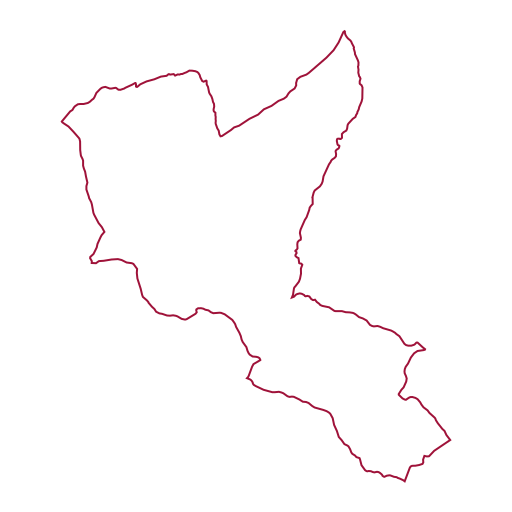 the district of Jenesano, Boyacá, Colombia
{"feature_id": "7082276B5512700200640", "entity_name": "Jenesano", "entity_type": "district", "adm_level": 2, "iso_a3": "COL", "parent_name": "Colombia", "parent_adm1": "Boyacá", "projection": "orthographic", "projection_center": [-73.37, 5.373], "detail": "fine", "context": "isolated", "style": "outline", "palette": "rose", "viewbox_px": 512, "rotation_deg": 0, "n_neighbors": 0, "source": "geoboundaries", "source_scale": "gbopen_adm2", "svg_char_len": 5978}
<svg xmlns="http://www.w3.org/2000/svg" viewBox="0 0 512 512"><path d="M404.7,481.3L409.9,467.5L410.8,466.4L412.1,465.8L415.5,465.7L419.2,465.0L422.5,463.9L423.3,462.4L423.1,459.6L424.4,455.9L426.6,456.4L428.1,456.4L429.1,456.2L434.2,450.8L450.2,440.0L446.4,435.0L444.5,430.9L442.3,428.9L437.8,423.2L435.9,420.2L435.3,418.5L434.7,417.7L429.4,412.9L427.6,410.4L423.5,407.3L421.4,404.5L420.2,402.3L417.6,399.2L415.4,397.9L412.3,397.0L410.3,397.1L408.8,397.8L405.9,399.8L404.6,399.5L402.5,398.4L398.8,394.8L398.7,394.1L401.4,389.8L403.6,387.4L406.2,381.6L406.7,378.5L405.9,375.9L404.7,373.3L404.5,371.4L404.8,369.1L405.7,366.8L408.0,363.6L410.9,357.5L414.1,353.3L417.5,351.0L423.6,350.1L424.9,349.7L425.1,349.2L422.7,347.3L417.6,342.6L416.9,342.5L416.3,342.7L414.8,344.3L414.0,344.8L411.2,345.7L408.4,345.7L406.1,345.1L404.4,343.8L399.4,336.2L396.3,334.0L395.1,332.8L392.6,331.3L391.0,330.5L383.1,328.2L380.2,326.8L378.6,326.3L377.5,326.0L373.9,326.4L372.1,326.0L370.0,324.9L366.6,320.5L362.8,318.4L359.0,317.1L356.1,314.7L354.3,313.5L352.9,312.9L349.8,312.4L345.7,312.2L341.8,311.1L335.4,311.1L334.4,310.9L329.1,307.3L322.3,305.9L320.5,305.1L319.8,304.6L319.4,303.9L316.8,302.0L315.0,299.7L313.4,300.1L312.8,300.0L311.2,299.0L309.4,296.5L307.4,295.9L305.6,296.3L304.9,296.0L304.1,295.0L301.8,293.8L299.8,293.4L297.3,294.0L295.9,294.7L294.0,296.7L291.9,297.5L293.0,294.8L294.0,288.2L294.6,287.1L295.3,286.4L298.9,281.7L300.0,278.8L301.0,273.7L300.9,268.6L302.3,264.8L301.4,263.7L299.8,263.4L299.2,263.1L298.5,258.1L296.7,257.2L295.4,255.8L295.5,254.8L296.6,253.1L296.4,252.0L295.4,251.2L295.4,250.7L296.9,249.4L297.5,248.4L297.3,244.2L297.6,242.2L298.8,240.7L300.7,239.7L300.8,239.2L300.9,237.7L299.9,233.1L300.2,231.1L300.7,229.3L304.8,220.0L306.6,217.2L309.2,210.0L309.7,207.6L310.9,205.9L312.7,204.0L312.6,197.6L312.4,197.5L313.7,192.5L314.7,190.5L319.9,186.4L321.7,183.8L322.6,181.5L323.5,176.3L329.0,164.3L330.6,162.0L331.1,160.8L332.1,159.6L334.6,157.9L335.9,156.4L336.1,154.1L335.6,151.5L335.8,150.6L337.0,149.4L338.4,148.6L339.0,147.7L339.4,146.1L339.3,145.7L337.9,145.0L337.5,144.4L336.8,140.9L337.0,139.4L337.4,138.8L338.3,138.7L339.1,138.6L339.9,139.0L340.7,139.0L342.0,137.8L341.9,134.0L343.6,132.2L346.3,130.6L347.1,128.7L347.6,125.1L348.3,123.7L352.8,118.8L355.4,117.0L356.1,115.0L357.2,113.3L357.4,112.0L358.7,109.4L359.2,107.1L361.6,101.5L362.3,98.5L362.5,87.5L361.6,85.3L359.9,83.9L359.7,83.5L359.7,81.2L360.5,78.7L359.9,77.1L359.2,76.3L358.3,72.7L358.5,69.7L358.0,66.6L358.4,65.5L358.5,62.4L357.9,60.4L355.0,54.1L354.9,52.5L353.7,48.4L354.0,47.5L353.8,46.9L351.9,43.3L351.4,42.0L350.5,40.6L347.9,38.4L346.4,36.5L345.3,34.5L344.7,31.6L345.2,30.7L343.4,32.0L338.6,42.5L333.6,50.2L326.4,57.7L308.8,72.9L306.4,74.6L300.4,76.8L297.2,79.2L296.1,83.0L296.2,85.4L294.6,88.5L290.3,91.4L288.5,93.4L286.5,96.7L283.8,98.7L278.5,100.9L271.5,105.9L263.9,109.3L258.1,114.6L249.5,118.8L239.1,125.7L234.1,127.4L231.0,130.0L222.0,136.0L220.5,136.3L219.4,134.4L218.7,130.6L217.3,128.4L215.7,123.8L215.6,122.6L215.8,120.9L215.6,119.1L215.7,116.9L215.4,115.5L215.4,112.7L213.9,111.4L213.6,110.3L213.6,109.2L214.2,106.6L214.0,103.9L213.0,101.9L212.4,99.1L211.4,96.3L209.6,93.6L209.1,92.4L208.0,86.9L206.7,84.4L206.6,81.0L206.1,80.6L203.6,81.7L202.2,81.0L200.3,77.3L199.7,75.1L198.4,73.0L197.3,72.0L195.3,71.2L192.2,70.7L189.4,70.6L186.4,72.3L184.5,73.0L182.3,74.0L181.0,74.0L179.4,74.6L177.8,74.4L175.1,75.6L173.7,74.1L170.1,74.6L169.3,74.2L168.5,74.2L166.6,75.8L160.9,76.6L154.3,79.3L146.6,81.4L140.3,84.3L137.2,86.9L136.4,86.9L136.0,86.5L136.0,84.2L135.5,83.0L135.2,83.0L131.9,84.8L125.3,87.8L124.3,88.5L120.4,89.8L118.4,89.7L116.2,88.0L115.4,87.8L111.6,88.5L109.7,88.5L105.4,86.9L103.2,87.3L101.6,87.9L100.1,89.1L96.4,92.9L94.4,97.3L93.4,98.8L92.2,99.6L89.8,101.8L87.8,103.0L83.6,104.0L80.0,104.0L77.8,104.3L74.9,106.3L73.8,107.6L72.4,110.0L70.2,111.4L61.8,121.5L62.3,122.3L64.1,123.6L68.5,126.5L73.4,131.7L78.9,138.0L79.5,138.9L80.1,141.5L80.2,150.0L80.8,155.0L81.0,155.9L82.5,158.9L83.1,160.6L83.1,165.7L83.9,168.6L85.1,171.6L86.0,176.6L87.4,182.6L86.4,186.1L86.4,189.5L88.8,196.6L89.1,198.1L91.2,202.1L91.9,204.5L93.4,212.8L94.1,214.6L98.6,223.1L101.9,227.2L104.4,231.9L101.6,235.2L100.5,237.3L97.5,243.9L96.7,247.5L93.5,254.0L90.3,256.9L90.1,258.2L91.8,261.1L91.7,263.0L96.0,263.2L98.6,261.3L99.1,261.1L103.6,260.8L111.6,259.5L117.9,259.1L121.6,260.0L126.6,262.5L131.8,263.2L133.4,263.9L137.1,268.9L136.8,272.9L137.4,278.5L140.7,288.8L142.1,294.8L142.9,296.9L146.9,300.4L148.3,302.0L148.5,302.7L151.9,306.7L154.4,309.0L156.1,311.7L159.4,313.4L162.0,313.8L167.0,315.5L169.9,315.7L173.1,315.3L175.9,315.8L177.5,316.4L181.7,318.9L185.1,319.6L186.6,319.2L195.5,313.8L196.7,312.3L196.2,310.1L196.4,309.4L198.0,308.3L201.1,308.2L203.4,308.7L205.3,309.7L208.5,310.4L210.9,312.2L213.3,313.2L219.7,312.7L221.2,312.9L224.7,314.3L232.3,319.9L234.3,322.7L235.2,324.2L236.1,326.9L239.4,332.8L240.8,336.1L241.6,339.5L242.7,342.0L246.4,347.1L247.5,350.8L248.6,353.1L249.7,354.6L252.6,356.5L256.2,356.8L258.1,357.3L259.4,358.1L260.2,359.5L260.3,360.1L253.5,364.1L252.1,366.7L248.8,375.6L248.2,376.9L247.0,378.2L250.0,379.4L251.1,380.2L251.8,381.0L252.7,382.5L252.9,383.6L253.7,384.8L255.8,386.1L263.6,389.8L272.3,392.2L274.8,392.2L278.9,391.8L281.5,392.5L283.4,393.3L287.4,396.2L288.5,396.6L289.6,396.9L291.9,396.6L293.8,396.8L299.4,399.5L302.8,401.7L306.1,402.0L308.6,403.0L312.2,406.0L314.6,407.5L323.2,409.9L326.5,411.1L327.9,411.9L329.4,412.9L330.4,414.0L332.7,418.2L334.1,424.9L336.9,431.0L338.8,437.0L341.6,440.1L344.4,444.1L347.5,445.6L348.5,446.4L350.1,449.2L351.3,452.4L352.3,453.8L355.0,455.5L356.4,457.1L359.5,458.1L360.0,459.3L361.5,465.2L365.1,470.2L366.5,471.1L367.4,471.3L368.7,471.0L370.9,471.2L372.7,472.0L374.4,472.4L377.0,471.8L378.6,472.1L379.8,472.8L381.6,474.3L382.2,475.0L382.5,475.8L383.7,476.6L384.4,476.8L386.8,475.7L389.3,475.3L390.3,475.4L394.0,476.8L396.7,477.2L397.7,477.9L399.8,478.6L403.2,480.2L404.7,481.3Z" fill="none" stroke="#9f1239" stroke-width="2"/></svg>